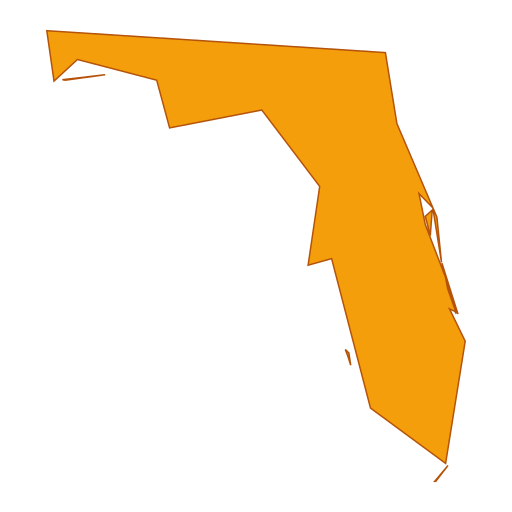 SVG path tracing the border of Florida
{"feature_id": "USA-3542", "entity_name": "Florida", "entity_type": "State", "adm_level": 1, "iso_a3": "USA", "parent_name": "United States of America", "parent_adm1": "", "projection": "equal_earth", "projection_center": [-82.742, 27.771], "detail": "coarse", "context": "isolated", "style": "filled", "palette": "amber", "viewbox_px": 512, "rotation_deg": 0, "n_neighbors": 0, "source": "natural_earth", "source_scale": "10m", "svg_char_len": 684}
<svg xmlns="http://www.w3.org/2000/svg" viewBox="0 0 512 512"><path d="M54.0,81.1L46.8,30.7L385.4,52.6L396.9,123.6L436.9,217.2L441.5,262.4L432.8,207.8L419.0,193.6L425.3,224.6L445.5,277.3L447.6,288.6L456.0,312.4L456.1,313.6L455.0,311.4L449.5,308.9L465.2,341.2L445.6,463.4L370.5,408.1L331.6,258.6L308.1,265.2L319.7,186.4L261.8,110.0L169.6,127.9L156.7,80.2L77.4,59.5L54.0,81.1ZM425.3,216.3L432.2,210.1L430.3,235.6L425.3,216.3ZM434.7,481.3L448.0,465.5L435.8,481.3L434.7,481.3ZM62.4,79.7L105.2,74.7L65.4,80.2L62.4,79.7ZM450.6,295.9L441.9,263.0L458.0,314.1L450.6,295.9ZM350.7,365.2L347.9,356.3L345.3,349.5L348.9,353.0L350.7,365.2Z" fill="#f59e0b" stroke="#b45309" stroke-width="1.5"/></svg>